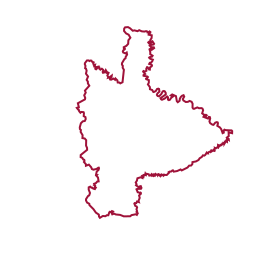 outline of Likolobeng, Maseru, Lesotho, rotated 317°
{"feature_id": "5366337B98429078950414", "entity_name": "Likolobeng", "entity_type": "district", "adm_level": 2, "iso_a3": "LSO", "parent_name": "Lesotho", "parent_adm1": "Maseru", "projection": "robinson", "projection_center": [27.995, -29.48], "detail": "fine", "context": "isolated", "style": "outline", "palette": "rose", "viewbox_px": 256, "rotation_deg": 317, "n_neighbors": 0, "source": "geoboundaries", "source_scale": "gbopen_adm2", "svg_char_len": 5872}
<svg xmlns="http://www.w3.org/2000/svg" viewBox="0 0 256 256"><g transform="rotate(317 128 128)"><path d="M194.2,204.6L193.4,203.0L193.6,202.4L196.2,202.6L198.6,199.8L200.6,202.8L202.1,201.3L202.1,200.4L197.9,196.1L197.4,195.0L196.3,195.1L194.9,196.7L193.7,196.3L195.4,192.4L195.6,190.2L194.8,187.3L196.7,186.2L197.4,185.2L197.0,184.3L195.5,183.6L192.7,184.0L192.0,183.1L191.4,180.5L192.0,178.8L194.7,177.0L195.3,175.8L194.7,175.0L192.9,175.6L190.8,171.3L191.4,171.1L193.0,172.6L194.2,172.4L194.1,171.7L192.7,170.4L192.2,167.9L195.1,166.2L195.7,164.6L195.4,163.7L193.4,161.9L192.7,160.2L189.3,159.0L188.9,158.3L189.1,157.1L191.8,154.3L192.4,152.2L191.5,150.2L189.6,149.7L188.0,148.4L187.3,145.6L187.8,144.2L190.5,143.4L191.0,141.9L189.6,141.3L187.9,141.3L185.9,141.9L184.3,143.3L182.0,143.1L182.0,141.7L184.8,137.4L183.2,133.6L181.5,133.4L182.1,135.6L180.2,135.4L177.8,135.9L176.9,135.5L176.6,134.5L178.2,132.8L178.1,131.6L174.8,131.5L172.1,130.5L171.8,129.6L172.1,128.4L178.5,129.2L179.5,128.1L179.9,126.3L179.5,125.4L178.4,124.9L175.4,125.9L172.3,126.0L171.5,124.7L171.7,123.5L173.0,122.8L175.8,122.8L177.3,120.7L177.0,119.9L175.9,119.3L173.5,119.9L171.4,119.3L171.1,118.9L171.6,116.7L170.5,114.6L171.9,113.0L172.3,109.7L174.1,109.1L175.9,107.2L174.6,104.7L174.8,104.3L176.2,104.6L177.3,104.3L177.3,103.6L175.0,100.4L175.4,99.9L177.4,100.2L177.5,97.1L178.2,96.9L178.9,98.3L180.5,98.7L181.8,97.1L183.5,96.5L183.8,97.0L183.3,99.6L183.8,100.2L185.4,98.7L187.5,99.0L188.3,98.5L188.4,97.8L187.2,95.6L188.4,95.2L189.1,95.8L191.1,95.8L192.8,95.0L191.5,92.6L191.4,91.0L192.0,90.9L194.3,92.2L195.3,91.9L194.6,89.2L196.2,87.5L197.4,85.1L199.0,85.3L198.7,87.0L201.6,87.4L201.9,86.6L200.3,85.0L200.0,82.5L200.6,82.4L203.7,84.4L204.5,84.2L205.0,81.4L202.0,81.5L201.0,80.4L201.2,79.2L202.5,79.3L202.8,80.6L203.4,80.8L204.5,78.8L206.6,78.3L208.6,76.4L206.7,73.8L207.4,73.2L209.2,73.6L209.8,73.1L209.6,72.2L208.2,72.6L208.2,71.7L207.5,71.3L207.9,70.6L207.3,69.5L205.8,68.7L204.0,66.7L202.9,64.1L201.0,63.7L199.3,61.0L197.8,60.1L197.5,56.4L196.8,54.2L194.5,52.4L193.0,52.7L191.3,54.3L191.1,57.5L192.1,60.2L191.3,63.6L188.1,64.1L185.5,66.6L182.8,66.8L180.0,66.0L179.3,66.9L179.8,67.8L179.4,68.2L177.5,68.0L176.4,68.5L176.0,69.5L177.0,71.7L178.5,71.9L177.4,73.7L174.8,74.4L173.8,75.3L172.1,75.2L167.8,76.5L166.8,77.5L166.6,79.0L165.2,80.3L164.7,82.6L155.2,90.8L152.8,90.1L152.7,88.9L151.5,87.7L152.7,85.9L152.6,83.3L151.4,83.9L151.0,81.9L148.7,81.2L148.0,80.4L148.4,79.2L150.7,79.5L151.8,78.6L149.7,78.4L147.8,77.6L148.4,77.3L148.6,75.6L151.4,74.4L151.1,73.6L150.1,73.5L149.9,72.8L150.8,72.5L151.2,70.5L148.9,71.4L147.4,70.6L147.7,69.7L149.2,69.1L149.5,68.4L149.3,66.8L147.6,66.5L147.5,65.0L148.4,64.2L148.4,63.6L147.7,63.0L144.8,63.4L144.4,62.8L144.8,62.0L146.6,62.0L145.9,61.6L146.0,60.7L145.4,60.0L147.1,59.2L146.0,58.4L146.8,56.7L147.6,56.5L146.9,54.9L147.2,53.8L146.4,52.9L145.5,52.8L145.1,51.5L144.0,50.6L140.7,51.2L139.9,51.9L139.3,53.5L137.4,55.1L137.7,56.0L136.8,57.9L134.3,59.6L133.9,63.1L130.6,64.6L130.3,66.7L129.1,68.0L128.5,70.7L122.0,71.3L121.2,73.3L118.3,74.2L117.2,76.9L116.0,77.7L108.2,75.7L106.3,79.2L104.3,78.4L104.1,80.4L104.5,80.8L103.7,82.5L103.6,84.4L104.8,84.4L106.3,86.1L105.9,87.1L103.7,89.1L104.3,91.0L103.2,92.6L101.2,93.4L99.5,92.3L96.8,92.4L93.2,94.6L92.1,96.0L92.2,97.3L90.7,98.6L89.9,102.3L87.8,104.3L89.2,106.2L89.1,108.4L85.3,112.3L84.5,114.6L83.2,116.1L75.0,115.5L73.5,117.0L74.2,118.7L73.8,120.5L74.3,121.4L73.7,122.5L72.6,122.8L72.5,125.8L71.5,126.9L74.4,128.1L74.3,131.6L73.6,133.4L74.3,134.9L77.1,136.5L79.3,136.8L79.6,137.1L79.2,137.8L77.7,138.6L75.5,138.5L72.7,140.4L73.3,141.2L72.3,141.3L72.3,143.7L70.1,147.0L69.0,146.2L66.9,146.4L65.2,145.7L64.7,147.3L64.3,147.1L64.4,148.2L62.9,148.9L63.5,149.7L62.1,150.1L61.2,148.5L61.1,147.1L60.5,146.7L60.4,145.1L58.8,144.6L57.2,146.3L55.9,149.6L53.7,150.8L52.3,150.5L48.8,151.4L47.9,152.3L47.2,154.6L48.0,157.0L47.2,158.2L47.4,163.7L46.8,168.0L47.6,171.4L46.4,173.0L46.2,174.5L49.6,175.2L51.3,177.1L53.1,177.4L54.1,178.4L56.8,176.9L57.6,176.9L58.1,178.0L59.6,177.8L60.1,178.9L58.0,179.2L57.6,180.4L59.4,181.1L60.1,182.9L63.0,186.2L64.7,189.8L69.5,194.1L71.1,194.1L74.9,196.4L75.2,197.6L77.0,197.0L77.0,195.2L77.9,195.1L78.8,193.2L80.5,192.3L80.8,191.3L80.2,189.9L81.1,187.6L81.7,187.5L82.8,188.6L84.5,187.9L85.4,189.6L85.9,188.5L88.9,187.1L90.1,184.9L92.5,184.9L93.1,184.4L93.1,183.9L92.1,183.9L92.0,182.4L91.3,181.6L92.4,178.6L93.2,178.8L96.0,181.3L97.0,181.0L97.7,179.2L96.8,178.7L95.6,179.1L94.8,175.3L95.9,175.0L96.5,173.1L98.6,172.6L100.6,171.2L103.7,172.7L104.5,174.6L105.5,173.9L105.7,172.6L106.7,172.9L106.6,173.9L107.6,173.2L108.4,174.0L109.6,173.2L109.3,174.6L110.4,174.2L111.6,176.0L111.1,177.3L112.2,178.1L113.5,177.9L113.3,178.6L114.0,178.8L113.3,179.5L113.8,179.7L114.0,180.7L114.9,180.8L114.6,180.5L115.4,180.1L115.4,181.1L116.8,180.5L117.0,181.7L118.5,182.4L117.9,183.0L118.7,183.0L118.8,184.9L119.5,184.4L119.7,185.2L120.8,184.8L121.0,185.3L120.4,185.6L122.2,186.4L121.7,187.1L122.7,187.2L124.3,188.8L126.7,188.7L127.5,188.1L127.7,188.6L128.7,188.3L130.0,189.3L131.5,189.3L132.0,189.6L131.7,191.1L134.6,193.0L138.2,194.2L138.3,195.6L138.8,195.8L144.6,197.5L147.0,197.2L148.6,198.5L150.4,198.3L151.9,196.9L154.9,198.8L157.8,199.5L159.7,199.0L162.2,199.5L164.2,199.1L164.9,200.2L166.1,200.4L168.7,199.7L168.6,200.5L169.2,201.2L169.6,200.6L170.9,200.8L172.1,201.3L172.1,201.7L173.7,201.1L174.0,201.5L173.4,202.2L174.6,202.4L175.1,203.1L175.5,202.3L175.2,201.7L176.2,203.3L176.8,202.3L177.6,202.4L178.0,201.8L178.4,202.8L180.1,203.0L180.4,203.7L181.4,202.7L181.3,203.6L182.4,203.7L182.7,202.7L183.1,203.6L184.1,203.4L184.3,204.1L185.9,204.3L186.2,203.8L186.8,204.3L187.5,203.8L187.9,204.5L188.8,204.4L188.0,205.2L189.1,204.9L189.6,204.2L190.1,204.8L191.1,204.3L191.2,205.4L192.2,204.3L193.0,204.9L193.6,204.5L193.7,205.3L194.2,204.6Z" fill="none" stroke="#9f1239" stroke-width="2"/></g></svg>